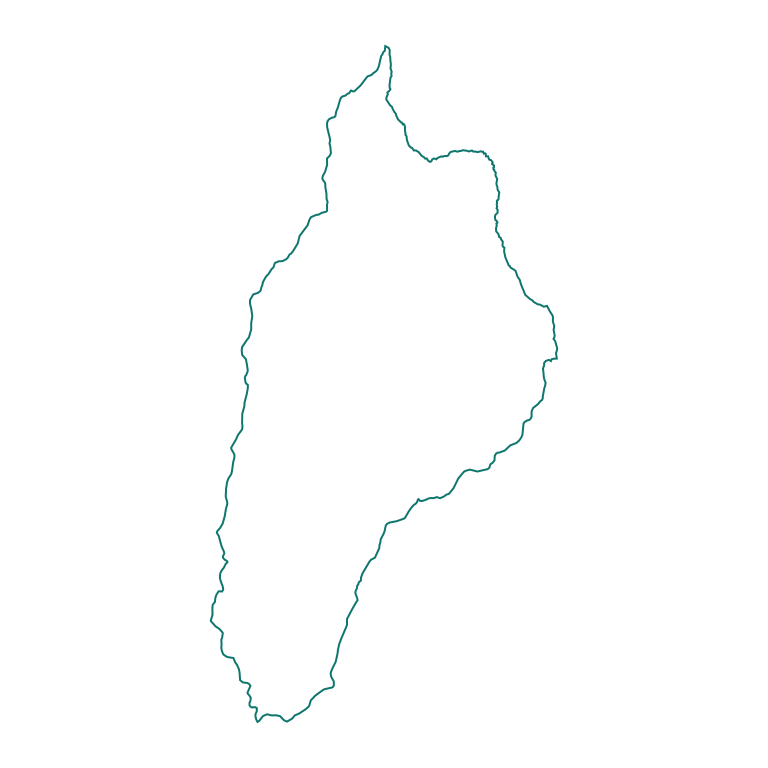 Cajamarca, Tolima, Colombia
{"feature_id": "7082276B39655849977507", "entity_name": "Cajamarca", "entity_type": "district", "adm_level": 2, "iso_a3": "COL", "parent_name": "Colombia", "parent_adm1": "Tolima", "projection": "equal_earth", "projection_center": [-75.489, 4.41], "detail": "fine", "context": "isolated", "style": "outline", "palette": "teal", "viewbox_px": 768, "rotation_deg": 0, "n_neighbors": 0, "source": "geoboundaries", "source_scale": "gbopen_adm2", "svg_char_len": 6086}
<svg xmlns="http://www.w3.org/2000/svg" viewBox="0 0 768 768"><path d="M228.5,478.3L227.1,482.1L226.1,488.5L225.7,496.3L227.2,502.1L227.3,504.1L225.9,509.0L224.8,515.9L222.7,523.5L220.3,527.7L217.2,531.3L216.8,532.7L218.8,536.1L221.6,546.4L224.0,551.8L224.3,553.4L222.9,556.4L223.1,557.9L224.6,559.6L226.8,560.9L227.5,562.1L225.5,564.3L223.9,567.6L221.4,570.8L220.4,573.1L220.1,574.5L219.9,578.1L220.9,581.6L222.7,586.4L223.2,589.6L222.1,591.5L218.8,591.3L218.4,591.6L216.2,595.2L215.3,598.3L214.9,602.0L213.0,604.4L212.6,605.3L212.4,608.8L212.5,614.8L210.8,620.4L211.0,621.2L215.7,626.5L219.3,628.8L222.6,632.6L222.8,633.1L222.1,637.9L221.3,639.6L221.6,645.0L221.3,647.6L221.7,650.4L223.2,654.3L226.4,656.6L228.2,657.2L233.4,658.0L235.2,662.4L237.0,664.8L239.0,669.4L239.6,673.0L240.1,680.1L242.7,682.4L247.5,683.0L249.1,684.0L250.2,685.6L250.4,686.0L247.5,692.6L247.7,693.6L249.4,695.5L250.8,697.9L250.4,700.8L249.5,702.8L249.5,705.2L250.4,706.6L251.6,707.4L255.3,707.2L256.9,708.2L256.7,711.5L255.5,714.1L255.5,716.7L256.3,719.6L257.5,721.9L259.2,720.9L262.9,716.1L267.0,714.3L271.6,715.4L276.6,715.3L280.1,716.2L283.8,720.1L287.0,721.6L292.1,718.6L294.8,715.4L299.2,713.5L305.4,709.4L307.9,707.3L309.2,705.9L310.8,700.4L315.3,695.6L323.1,689.9L324.8,689.1L332.5,687.4L333.8,685.7L333.8,681.4L331.4,677.3L330.7,674.4L330.7,672.7L332.4,668.4L335.7,661.8L337.5,653.7L338.0,649.6L339.2,644.1L341.5,638.0L346.4,626.6L347.0,624.8L347.0,619.0L352.1,609.3L356.4,601.8L357.4,600.7L357.4,598.8L355.3,593.1L355.6,591.1L357.0,588.1L357.2,585.6L358.3,584.5L358.6,582.8L358.9,582.2L360.9,580.6L361.1,577.3L362.6,573.2L369.6,561.4L371.1,559.7L374.9,557.7L379.2,548.4L379.5,545.1L380.4,542.3L380.7,539.3L383.6,533.8L384.6,531.1L385.8,525.5L387.1,523.8L389.7,522.5L396.7,521.2L404.0,518.6L405.1,517.7L408.8,511.3L411.9,507.0L413.8,505.0L416.1,503.4L417.4,501.3L418.0,499.4L418.5,499.2L420.1,500.8L421.7,501.1L426.3,499.6L428.4,498.5L431.1,498.0L433.6,498.2L436.7,497.1L440.1,498.2L443.9,496.5L446.5,494.6L449.0,493.8L453.5,488.2L458.4,478.3L463.8,471.9L465.1,471.0L469.8,469.6L477.4,471.5L487.7,469.1L489.3,467.8L490.4,464.3L492.4,463.0L494.5,460.4L494.7,456.0L495.9,453.8L497.5,452.7L499.1,452.6L504.7,450.6L510.4,445.3L516.4,443.0L519.2,440.5L521.2,437.6L522.4,434.9L523.6,423.2L525.3,421.4L526.3,421.2L527.3,420.3L528.6,420.2L530.4,419.1L531.6,416.7L531.6,411.3L533.1,408.0L538.1,404.0L540.1,401.4L541.9,400.1L542.7,398.6L542.8,396.4L544.3,388.2L545.1,385.9L545.6,382.5L544.5,380.0L543.8,377.1L543.3,370.7L542.9,368.9L544.2,365.1L544.1,363.0L545.8,361.0L548.4,360.0L549.0,359.9L550.9,361.1L551.7,359.2L553.9,358.7L556.8,358.6L556.0,353.3L557.0,350.1L557.2,348.3L555.2,341.2L553.5,338.8L554.3,337.4L554.7,335.4L553.6,329.9L554.3,326.1L552.9,321.7L552.9,316.7L552.3,315.1L550.0,311.6L547.0,305.9L543.8,306.7L540.0,304.6L537.7,304.3L533.7,301.9L532.1,300.2L530.1,299.1L525.3,294.9L521.1,284.6L519.6,279.6L517.4,276.4L515.7,271.1L514.2,269.8L510.7,267.7L509.7,266.0L508.7,265.4L505.3,257.1L504.1,251.4L504.4,247.6L502.9,246.6L502.5,245.6L502.8,241.6L500.9,239.1L500.7,237.8L499.1,236.9L498.5,234.1L496.2,231.4L496.0,228.3L496.8,225.2L496.4,223.5L497.4,222.7L497.4,222.3L496.8,221.1L495.5,220.1L495.0,218.0L495.0,216.0L495.6,214.6L497.5,212.9L497.7,210.1L496.6,208.3L497.1,206.6L496.7,204.3L497.1,202.6L496.8,201.1L497.1,200.4L498.2,199.8L498.6,198.8L498.7,196.0L499.3,192.5L497.6,189.7L497.3,186.5L496.7,185.3L496.4,183.4L497.2,178.9L495.6,175.8L495.5,174.6L495.8,172.6L494.4,171.0L494.2,169.6L493.5,169.3L493.3,167.7L493.9,167.3L494.0,165.5L492.1,164.1L492.1,163.5L492.6,163.2L492.7,162.5L491.3,160.3L489.1,159.5L488.1,156.4L485.9,156.3L485.7,153.7L484.9,153.3L483.8,153.6L483.1,151.7L482.1,151.8L481.2,151.3L477.5,152.1L474.5,151.4L473.4,151.7L471.9,150.5L468.8,151.5L467.2,150.8L462.7,150.2L460.9,151.0L459.5,151.0L457.6,151.7L454.9,151.0L450.7,151.9L449.3,153.4L448.2,155.4L447.0,156.1L444.4,156.0L442.9,156.7L441.4,156.4L437.6,157.9L436.3,159.3L434.8,158.6L433.7,158.6L432.2,159.4L431.3,161.3L430.0,161.9L428.1,160.6L426.8,158.5L425.1,158.6L423.9,157.1L421.5,155.7L418.8,152.2L415.8,150.4L413.9,150.5L412.1,147.9L411.0,147.6L408.9,145.6L406.9,140.0L406.6,136.4L405.4,134.7L405.6,133.5L405.1,131.6L404.9,126.4L404.2,124.5L403.4,123.9L402.8,124.3L401.9,122.6L401.2,122.5L397.9,119.3L397.3,117.6L396.3,115.9L395.9,113.8L394.3,111.9L392.4,108.3L392.1,107.0L390.1,105.3L386.3,99.5L386.4,97.6L387.8,94.3L387.4,92.5L389.2,91.0L390.4,89.3L390.2,88.5L389.7,88.0L389.5,85.2L390.5,77.6L391.6,76.0L391.2,74.1L391.7,71.8L390.5,68.3L390.9,64.5L390.3,59.7L390.3,57.5L389.5,54.5L389.7,50.8L389.6,49.8L388.8,48.0L385.3,46.1L384.8,50.8L383.4,52.0L382.4,54.4L381.1,56.2L378.9,66.0L377.3,69.8L375.8,71.4L372.8,73.5L371.8,74.8L367.4,76.5L360.5,85.5L354.3,91.3L352.8,91.4L351.0,90.5L349.1,93.2L347.7,93.7L345.0,95.8L343.0,96.2L341.0,97.6L340.0,100.0L337.8,107.7L336.1,111.9L335.4,116.1L334.4,117.1L331.7,117.8L328.9,119.3L327.5,121.4L327.0,123.6L327.2,127.4L329.9,138.6L330.1,140.5L329.5,143.5L330.3,146.4L330.9,153.2L329.8,155.7L327.0,158.5L327.1,164.9L325.1,171.7L322.9,175.8L322.4,177.9L322.6,179.5L325.0,182.8L325.3,183.9L325.3,186.9L326.4,193.3L326.6,199.0L327.6,202.0L327.0,205.1L327.1,210.7L326.1,211.7L321.8,212.8L318.5,214.7L316.5,214.8L311.1,217.1L309.6,219.3L307.6,225.3L299.6,235.9L297.7,243.5L292.8,251.5L291.0,253.7L289.6,254.4L287.7,257.8L286.3,259.1L282.6,261.1L278.8,261.3L275.1,262.9L274.7,263.4L273.4,267.5L271.6,269.1L268.6,273.9L266.0,276.6L263.8,280.5L262.7,282.7L262.5,284.8L261.6,286.6L260.5,290.8L257.9,292.9L253.3,294.4L250.3,299.5L250.0,300.4L250.0,303.6L251.3,309.0L252.3,316.2L251.2,323.2L251.2,329.4L248.9,337.5L246.9,339.9L242.1,347.1L241.7,350.4L242.2,355.0L245.9,359.2L246.9,364.5L247.7,369.8L247.6,371.6L246.1,375.2L245.3,376.2L244.8,377.8L245.6,382.7L246.6,384.0L247.7,384.6L247.9,385.1L247.8,388.3L246.8,393.9L244.5,402.8L244.4,406.1L242.3,413.8L242.1,422.9L242.4,425.4L242.3,428.6L242.1,429.4L237.9,435.1L236.0,439.5L231.2,447.6L231.3,449.0L234.1,453.9L234.4,455.0L234.4,457.7L233.3,461.7L231.8,472.1L231.1,474.4L228.5,478.3Z" fill="none" stroke="#0f766e" stroke-width="2"/></svg>